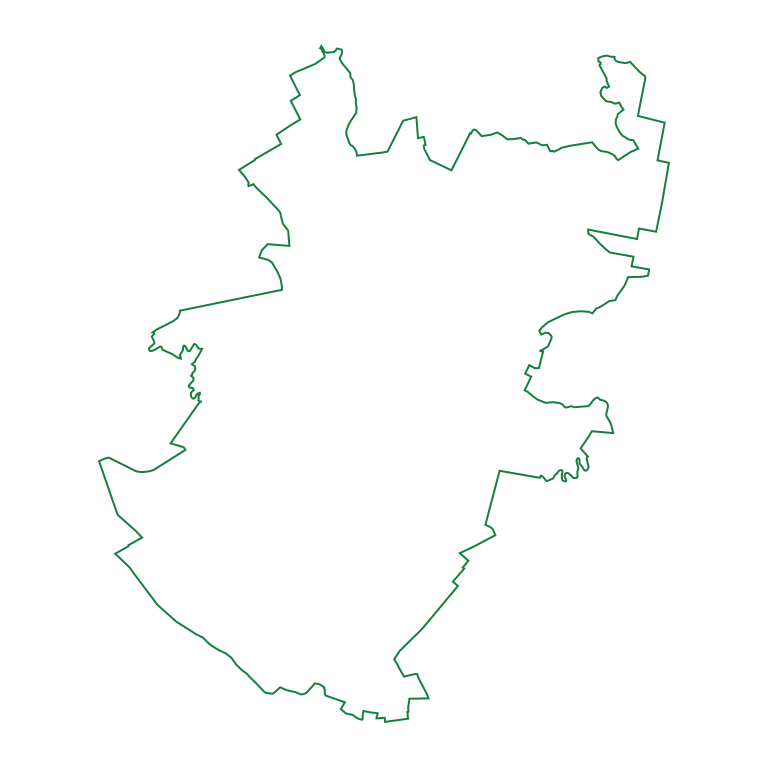 Craidorolt, Satu Mare, Romania (Mercator projection)
{"feature_id": "2599482B64350665311002", "entity_name": "Craidorolt", "entity_type": "district", "adm_level": 2, "iso_a3": "ROU", "parent_name": "Romania", "parent_adm1": "Satu Mare", "projection": "mercator", "projection_center": [22.703, 47.59], "detail": "fine", "context": "isolated", "style": "outline", "palette": "green", "viewbox_px": 768, "rotation_deg": 0, "n_neighbors": 0, "source": "geoboundaries", "source_scale": "gbopen_adm2", "svg_char_len": 6066}
<svg xmlns="http://www.w3.org/2000/svg" viewBox="0 0 768 768"><path d="M566.3,480.2L564.6,476.5L564.6,475.7L565.2,473.8L566.6,472.9L568.4,473.2L570.9,475.3L572.4,477.2L573.5,478.0L576.4,478.0L577.4,477.0L577.6,475.3L577.3,471.8L578.2,468.9L578.2,467.1L576.8,462.8L576.5,461.0L576.8,459.4L577.6,458.4L579.2,458.5L579.5,460.0L579.4,461.7L579.6,463.5L582.6,467.4L584.1,470.0L585.7,470.8L586.9,470.0L588.1,468.7L588.7,466.7L587.0,460.5L586.7,458.2L586.9,457.3L587.9,456.6L580.6,448.4L589.2,435.8L591.9,431.2L613.2,433.1L611.1,424.6L610.3,422.5L606.3,415.8L606.3,413.8L607.9,407.1L607.7,404.3L607.0,402.8L605.9,401.8L604.2,400.8L600.0,399.6L598.4,398.0L597.1,397.5L596.1,397.8L593.1,400.4L590.3,404.2L588.3,406.1L574.9,407.2L571.2,406.2L566.2,407.6L564.6,407.0L562.5,404.3L560.3,403.3L553.1,402.1L545.9,402.9L537.5,399.6L533.0,396.3L530.9,394.3L529.4,393.5L528.5,392.3L524.7,390.3L531.2,376.7L525.2,373.6L529.3,365.1L534.9,368.2L538.9,368.1L543.1,351.5L539.5,350.9L541.6,350.3L548.0,346.4L551.3,338.9L551.6,336.7L551.0,335.5L548.6,333.1L545.6,332.6L541.3,334.6L539.2,330.8L542.2,327.1L548.1,322.2L562.6,315.2L565.8,313.9L572.3,312.0L580.5,311.3L584.5,311.5L588.8,311.8L592.2,313.4L595.3,310.0L596.0,308.5L598.7,307.7L602.6,305.5L609.0,301.2L615.4,300.1L617.3,295.8L624.6,285.5L628.1,277.2L641.6,276.8L648.0,275.7L649.1,269.4L631.6,266.4L633.5,256.7L609.8,252.5L604.6,248.2L599.7,243.5L593.5,236.7L589.3,234.5L588.4,233.6L588.1,231.0L588.2,229.6L637.0,239.0L639.0,228.5L656.1,231.7L662.1,202.4L668.9,162.8L657.5,160.4L664.7,122.7L637.9,115.9L645.4,77.8L644.9,76.1L639.6,71.9L630.0,61.8L627.5,62.7L624.7,63.1L617.2,61.6L615.9,60.8L614.8,59.3L614.5,57.9L614.6,56.9L609.9,56.6L607.1,55.6L602.3,56.4L598.3,58.1L598.4,61.2L600.5,62.6L600.7,64.0L599.8,64.5L599.6,65.5L606.6,78.5L606.5,80.5L609.1,86.6L606.7,88.0L605.3,86.9L603.9,86.8L602.2,88.1L600.4,92.1L601.2,96.0L606.0,101.1L612.1,102.3L613.9,103.5L615.2,103.4L615.7,103.7L619.2,102.6L621.3,106.6L623.5,109.6L617.7,114.2L617.4,116.7L616.1,119.0L615.8,120.4L615.7,123.5L616.6,126.5L619.4,131.7L621.3,134.5L622.4,135.6L628.8,139.6L633.3,140.2L638.3,148.7L630.7,151.9L618.1,160.2L616.5,158.8L614.8,155.8L611.3,153.7L607.2,152.0L601.3,151.1L598.3,149.5L592.1,142.3L569.4,145.9L561.1,147.9L558.7,149.7L553.7,151.7L552.6,150.8L550.3,151.4L547.0,144.8L544.2,145.2L541.8,145.1L536.3,142.4L528.5,143.7L525.0,140.0L523.5,139.8L520.5,137.9L514.4,139.0L507.4,139.4L502.4,135.5L497.3,132.5L490.6,134.8L481.7,136.1L476.0,130.1L474.1,129.5L472.8,130.2L471.1,133.5L470.2,133.1L451.5,170.3L430.0,160.1L424.4,149.2L423.8,146.7L423.8,145.5L425.6,144.9L423.8,136.9L418.0,138.2L416.4,117.2L403.2,120.7L387.5,151.6L383.5,152.4L356.9,155.7L356.8,153.6L356.2,151.5L354.5,148.3L352.6,146.1L350.8,145.3L349.5,143.3L346.4,134.6L346.2,132.5L346.5,130.4L348.3,125.3L350.4,121.5L356.2,112.8L356.6,108.0L355.9,103.3L355.9,98.9L355.2,96.9L354.5,93.1L353.7,83.7L352.8,80.0L350.5,77.2L350.3,73.1L342.3,63.5L339.8,59.2L339.6,58.2L341.6,54.4L342.1,51.7L341.6,49.7L337.3,48.5L336.6,48.9L335.7,50.5L334.0,52.1L326.4,52.7L324.5,51.7L322.5,47.8L321.3,46.1L320.1,48.3L322.1,49.5L322.3,51.3L323.8,53.2L324.5,55.7L324.5,57.4L315.5,63.8L295.6,72.2L290.0,75.6L299.9,95.2L290.8,100.8L300.3,119.5L290.0,125.7L276.5,134.7L281.1,144.0L254.8,159.2L254.8,160.1L239.0,169.9L244.2,175.9L248.2,181.8L248.7,183.1L248.2,184.2L248.6,186.1L253.6,184.2L255.6,187.0L267.2,198.2L278.7,210.5L280.6,213.5L280.7,215.2L282.9,223.8L287.9,230.2L288.2,231.1L289.4,245.9L267.6,244.2L261.7,250.4L259.1,257.5L268.6,260.0L270.3,261.5L271.7,262.1L277.3,271.5L280.1,277.7L280.8,280.1L281.9,286.8L281.9,289.8L179.9,310.7L179.7,313.4L177.4,318.0L173.1,321.2L156.8,329.5L152.6,332.5L153.9,332.7L154.1,334.0L151.8,336.5L154.3,342.0L154.4,342.8L153.4,344.5L149.2,347.9L149.0,349.6L150.1,351.0L151.9,350.9L154.7,349.9L160.1,346.6L160.9,346.5L161.7,347.3L162.4,349.5L162.8,349.9L172.6,354.3L177.5,357.6L180.9,358.7L180.7,357.2L179.7,355.4L182.5,351.1L182.9,348.8L183.1,348.9L183.2,346.7L183.9,345.6L184.5,345.7L185.7,346.9L187.6,350.6L188.5,351.3L189.9,351.0L194.2,344.0L195.1,344.2L196.4,345.2L198.6,348.4L202.1,349.0L198.4,355.8L196.3,358.6L195.0,361.7L192.0,364.2L195.0,366.3L195.4,369.0L194.7,370.6L192.2,373.6L191.8,375.9L191.4,376.0L193.5,377.9L193.5,380.2L188.8,385.5L188.8,386.2L189.0,386.9L189.7,387.5L192.7,388.1L193.7,389.5L193.8,390.1L191.5,392.0L191.1,392.8L190.9,395.4L191.3,397.0L193.0,398.6L193.9,398.6L195.2,397.5L196.4,394.8L198.1,393.4L199.8,392.9L199.9,394.1L198.5,395.9L198.7,398.5L198.4,400.2L198.7,400.8L199.6,401.5L201.8,401.4L200.0,402.1L198.6,403.5L170.6,443.4L183.6,447.2L185.4,449.9L153.6,470.0L149.6,471.2L144.7,471.9L140.9,472.1L136.2,471.3L108.8,457.6L104.4,458.7L99.1,461.2L117.6,514.8L135.4,530.6L142.1,537.6L128.5,545.1L128.6,545.9L128.2,546.4L115.2,553.7L129.7,567.5L134.1,573.8L157.5,604.9L176.2,621.6L196.2,634.3L203.0,637.6L208.5,643.2L211.4,645.6L218.5,650.0L225.5,653.3L231.1,657.5L236.5,664.9L241.9,670.1L247.0,673.8L249.0,676.3L256.1,683.2L264.1,691.7L265.5,692.7L271.0,693.6L273.3,693.5L280.2,687.3L286.2,690.0L295.3,692.1L301.1,694.4L302.7,694.3L306.2,693.1L313.9,684.6L314.5,683.5L317.5,683.8L320.3,684.7L324.0,687.1L324.4,687.7L324.1,688.3L324.9,690.0L324.6,691.4L324.9,693.9L325.5,695.5L344.9,702.3L340.8,709.1L346.2,713.6L352.2,714.7L357.7,718.4L360.7,719.5L362.2,719.6L362.6,718.9L362.8,714.3L363.4,711.0L370.4,712.4L377.5,713.2L377.5,714.6L376.6,717.2L376.5,718.4L384.7,717.8L385.1,721.9L408.0,718.7L407.4,711.9L408.4,711.8L408.2,707.2L409.4,698.7L428.5,698.4L426.9,694.0L418.6,678.2L417.2,674.1L415.8,673.8L404.0,676.6L398.5,667.0L398.3,666.0L394.2,659.3L399.9,650.7L422.1,628.9L457.9,586.0L452.9,581.6L464.2,568.6L462.8,567.5L468.4,560.8L459.8,553.1L474.5,546.2L495.3,535.2L493.9,531.7L492.6,529.1L491.8,528.3L490.6,527.2L485.4,524.8L499.6,470.8L539.1,477.7L540.2,477.6L540.6,476.0L541.3,475.7L543.4,477.2L546.0,480.6L547.0,481.1L553.2,478.4L554.8,475.0L556.3,474.2L559.0,470.7L561.2,470.0L562.3,470.6L562.5,471.7L561.8,475.6L561.9,478.0L562.4,480.1L563.4,480.9L565.0,481.4L566.2,481.0L566.3,480.2Z" fill="none" stroke="#15803d" stroke-width="2"/></svg>